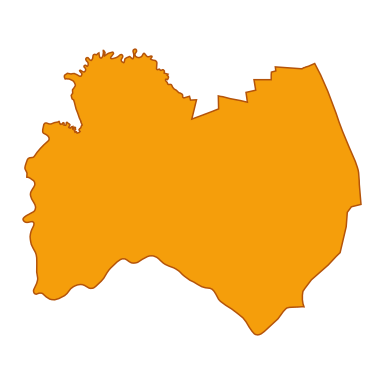 Tran De, Sóc Trăng, Vietnam
{"feature_id": "81297802B35680204276393", "entity_name": "Tran De", "entity_type": "district", "adm_level": 2, "iso_a3": "VNM", "parent_name": "Vietnam", "parent_adm1": "Sóc Trăng", "projection": "natural_earth1", "projection_center": [106.042, 9.495], "detail": "fine", "context": "isolated", "style": "filled", "palette": "amber", "viewbox_px": 384, "rotation_deg": 0, "n_neighbors": 0, "source": "geoboundaries", "source_scale": "gbopen_adm2", "svg_char_len": 5642}
<svg xmlns="http://www.w3.org/2000/svg" viewBox="0 0 384 384"><path d="M314.7,63.5L308.3,66.3L305.5,67.1L304.7,67.6L303.8,67.7L302.8,68.3L302.2,68.5L302.0,68.8L275.3,66.9L275.8,70.9L271.4,72.1L271.2,74.7L271.2,79.7L254.0,79.7L255.7,90.2L246.0,92.4L247.4,102.2L240.6,100.6L230.0,98.6L222.8,96.7L220.4,96.4L218.3,95.9L218.6,108.9L208.4,112.9L191.8,119.1L196.5,99.8L190.5,100.1L189.5,96.3L183.9,97.9L182.9,97.4L182.7,96.7L182.6,95.0L182.0,94.1L180.3,93.1L178.8,92.7L176.3,90.2L174.1,89.0L173.6,88.3L172.8,87.5L171.7,85.2L171.2,84.6L170.5,84.4L168.5,84.5L167.9,84.2L167.2,82.5L165.9,81.0L165.5,80.2L165.6,79.5L166.0,79.1L167.5,79.6L168.0,78.8L168.5,77.5L168.4,76.7L168.1,76.1L167.2,75.3L168.0,74.2L164.2,73.1L164.4,71.1L163.9,70.4L163.3,69.8L162.6,69.7L161.1,70.4L160.7,70.4L160.2,70.2L160.0,69.7L159.3,69.1L157.6,69.7L156.8,69.4L156.5,68.8L156.9,63.0L156.7,62.0L156.1,61.2L155.2,60.5L152.8,60.1L150.6,59.2L150.6,58.7L151.9,57.1L152.0,56.4L151.8,56.2L151.0,56.0L148.5,56.8L147.4,56.7L146.5,56.0L144.5,53.5L144.0,53.3L143.4,53.6L141.9,56.2L141.0,56.9L139.2,57.6L138.6,57.6L137.1,57.3L135.5,56.3L134.9,54.7L135.2,53.5L136.2,52.1L136.6,51.3L136.5,50.1L136.0,49.4L135.6,49.2L134.9,49.1L133.8,49.6L133.4,49.9L133.1,50.6L133.0,51.2L133.7,54.0L133.8,55.1L133.7,56.9L133.0,58.7L132.6,58.8L132.0,58.6L130.1,56.8L129.7,56.5L129.1,56.6L128.2,57.2L127.5,57.3L126.0,58.1L125.0,58.8L124.2,62.2L123.9,62.6L123.5,62.7L121.9,61.7L121.3,60.8L121.2,59.7L121.4,59.3L122.6,57.2L122.8,56.6L122.6,55.5L122.0,54.8L121.3,54.5L120.2,54.8L117.8,56.8L116.0,57.7L113.2,58.5L111.6,58.7L110.7,58.3L110.7,57.4L113.5,53.7L113.4,52.9L112.9,52.2L112.5,52.1L108.7,53.2L107.4,53.9L104.5,56.0L104.3,55.8L104.3,55.3L105.0,53.2L105.0,52.4L103.7,50.5L103.3,50.4L103.2,50.7L103.4,52.5L102.9,55.7L102.5,56.7L101.5,58.0L100.7,58.1L99.8,57.4L99.2,55.3L98.9,52.9L97.7,53.6L96.9,54.5L96.5,54.8L94.7,54.3L93.6,54.7L93.1,55.4L92.6,58.6L91.8,59.9L91.1,60.5L90.1,60.1L88.0,57.7L87.0,57.6L86.1,58.2L85.8,58.9L85.8,59.6L86.4,60.8L87.9,62.4L88.2,63.9L88.1,65.1L87.9,65.6L87.3,66.3L86.9,66.3L85.9,65.4L85.2,65.2L84.4,65.6L84.0,66.1L84.0,66.9L85.2,68.2L85.7,69.4L85.6,70.2L85.0,71.4L84.5,71.8L83.9,72.0L82.8,71.7L80.4,70.2L79.9,70.3L79.6,70.6L79.8,71.2L81.5,73.2L81.9,73.8L81.7,75.0L81.0,76.1L80.4,76.3L79.5,76.2L76.8,74.6L74.2,73.5L72.0,73.7L71.2,74.0L67.3,73.3L66.9,73.7L65.1,74.8L64.5,75.4L64.3,76.6L64.5,77.6L65.2,79.0L66.5,78.7L67.1,78.9L69.2,79.0L71.7,80.1L73.5,81.2L74.5,82.8L75.3,84.7L75.3,85.6L75.1,86.1L73.5,88.6L72.6,89.5L72.5,90.5L72.7,93.1L71.2,95.4L71.7,97.7L72.2,99.0L73.6,99.9L74.3,102.0L76.1,109.1L77.6,112.8L79.4,118.1L81.0,121.5L80.8,121.8L82.2,125.0L81.4,125.9L80.7,127.9L79.7,128.7L79.0,129.7L79.4,130.7L80.1,131.5L79.0,132.6L78.6,132.6L77.5,133.1L76.9,133.0L76.6,132.0L76.3,131.7L75.9,131.7L75.4,132.2L75.1,132.3L74.3,130.5L75.3,129.9L75.6,129.5L75.4,128.6L75.4,127.5L74.6,127.2L73.9,127.3L73.6,128.9L73.0,129.3L72.7,129.1L72.5,128.6L72.8,126.5L71.4,126.9L70.2,128.1L68.9,127.6L68.7,127.2L69.8,125.4L69.9,124.6L69.3,124.0L68.4,123.5L67.0,122.3L66.6,122.4L66.3,122.8L66.1,124.9L65.6,125.3L64.0,125.1L64.1,123.2L63.4,122.7L62.8,122.9L62.1,124.3L60.9,123.9L60.4,124.3L59.7,123.4L59.4,121.9L59.0,121.4L58.0,122.0L54.5,122.6L51.2,123.9L50.3,124.0L49.0,123.9L46.5,123.0L45.6,123.0L44.9,123.2L44.3,123.8L43.8,124.6L42.7,129.7L42.7,131.8L42.9,132.4L43.5,133.2L46.5,134.8L48.2,136.3L49.0,137.7L49.1,138.9L49.0,139.8L48.3,140.8L43.9,144.8L40.4,148.4L37.1,152.3L34.6,155.9L33.7,157.0L32.9,157.4L29.6,157.8L28.2,158.5L27.3,159.8L26.6,161.7L25.4,165.3L25.0,167.1L24.9,168.1L25.2,169.3L26.7,172.3L27.0,173.4L26.8,177.2L28.1,177.3L29.6,177.9L33.6,180.7L34.2,181.5L34.6,182.5L34.8,183.8L34.8,184.9L34.0,186.7L32.4,189.2L31.0,191.7L30.6,192.8L30.4,194.4L30.6,195.9L31.6,198.8L34.0,202.9L35.0,204.8L35.6,207.2L35.2,209.5L34.5,210.8L33.6,211.7L26.4,215.6L24.4,217.1L23.3,218.3L23.0,219.2L23.2,220.0L23.5,220.7L24.2,221.4L25.2,222.1L26.4,222.4L27.8,222.4L30.9,221.7L32.5,221.6L33.5,222.4L33.8,222.8L34.0,223.6L33.8,225.1L33.5,226.0L31.7,229.7L30.9,232.0L30.4,234.2L30.1,236.7L30.3,239.2L30.7,241.8L31.3,244.4L33.0,248.0L35.4,252.4L36.2,254.7L36.7,257.8L36.8,263.3L36.7,272.0L37.7,278.2L37.6,279.9L36.7,283.3L33.8,289.5L33.5,290.4L33.6,291.7L34.0,292.9L34.9,293.8L36.2,294.2L39.0,293.2L40.2,293.1L41.8,293.2L42.6,293.6L46.2,296.9L49.7,299.1L51.7,299.6L54.7,299.8L58.8,298.6L64.6,295.6L67.0,293.5L70.7,288.7L73.1,286.9L74.7,286.0L77.5,284.9L80.2,284.5L82.3,284.6L84.5,285.4L89.1,288.1L90.6,288.4L92.8,288.2L93.8,287.8L95.7,286.4L101.2,281.2L103.7,278.3L107.1,272.6L109.1,269.8L110.7,268.0L117.2,261.8L120.5,259.5L122.5,258.8L124.9,258.9L126.5,259.7L129.3,261.7L131.3,262.8L133.1,263.1L135.0,263.0L136.9,262.6L137.9,262.2L142.3,259.3L147.4,256.6L149.6,255.9L152.2,255.8L153.6,256.0L156.3,257.1L157.2,257.6L158.8,258.9L160.4,260.5L163.3,263.1L165.3,264.4L169.0,266.1L173.9,267.9L175.9,269.0L178.5,270.7L179.9,271.9L182.4,274.5L184.4,276.2L189.9,280.2L193.7,282.0L197.6,284.4L201.8,286.7L205.2,287.7L210.1,288.3L212.2,289.3L214.1,291.3L215.9,294.2L218.6,299.3L220.5,301.4L225.8,305.3L231.7,309.0L238.0,313.8L243.0,317.9L246.1,321.9L249.3,327.3L252.0,331.2L254.3,333.8L255.5,334.5L257.7,334.9L259.3,334.6L261.2,333.8L264.4,331.4L278.0,318.8L283.3,311.5L285.8,308.8L287.1,307.9L289.4,307.4L292.8,307.2L298.4,307.0L302.4,306.7L304.0,306.8L303.0,303.8L302.4,299.8L302.4,295.2L302.9,291.4L304.8,288.5L311.4,279.8L328.2,265.0L336.1,256.5L340.1,252.6L346.2,226.7L347.3,212.3L351.4,206.8L361.0,204.4L359.3,184.3L359.2,180.6L358.6,172.7L358.2,170.3L357.4,167.5L355.3,161.4L349.3,147.6L342.6,131.5L339.1,122.2L336.1,113.3L327.8,91.3L320.6,74.9L314.7,63.5Z" fill="#f59e0b" stroke="#b45309" stroke-width="1.5"/></svg>